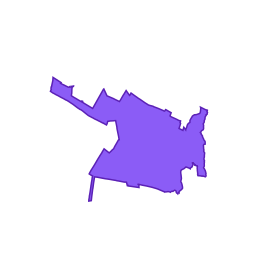 the district of Gheraesti, Neamt, Romania, rotated 234°
{"feature_id": "2599482B79916457112257", "entity_name": "Gheraesti", "entity_type": "district", "adm_level": 2, "iso_a3": "ROU", "parent_name": "Romania", "parent_adm1": "Neamt", "projection": "equal_earth", "projection_center": [26.813, 47.034], "detail": "fine", "context": "isolated", "style": "filled", "palette": "violet", "viewbox_px": 256, "rotation_deg": 234, "n_neighbors": 0, "source": "geoboundaries", "source_scale": "gbopen_adm2", "svg_char_len": 5630}
<svg xmlns="http://www.w3.org/2000/svg" viewBox="0 0 256 256"><g transform="rotate(234 128 128)"><path d="M154.5,151.0L153.4,148.7L153.4,148.4L159.4,148.5L157.6,144.2L157.3,143.3L154.9,138.0L154.8,137.7L154.7,137.1L154.5,136.6L159.3,134.0L159.8,133.8L160.2,133.6L165.4,130.5L166.3,129.9L173.8,131.4L173.8,131.0L164.6,110.9L173.3,107.2L175.6,106.3L176.2,107.0L176.9,106.6L176.4,105.9L180.1,104.2L182.5,103.2L184.7,102.2L187.3,101.2L187.5,101.3L187.8,101.5L188.6,102.3L189.0,102.6L189.2,103.0L189.4,103.1L192.6,105.6L193.7,106.7L193.9,107.1L193.9,107.6L193.7,108.1L193.7,108.3L194.0,108.6L194.4,107.7L194.6,107.2L194.9,107.0L195.3,106.7L194.3,107.1L195.2,105.0L195.5,104.7L195.7,104.9L195.7,104.7L195.8,104.1L196.1,103.7L203.7,99.7L204.0,100.6L213.0,97.1L210.6,95.1L206.2,90.2L206.3,89.9L204.8,88.6L204.2,88.5L203.9,87.8L203.3,86.8L200.2,87.9L199.8,88.2L196.9,89.5L195.5,90.3L192.2,91.8L189.9,93.0L187.0,94.3L185.9,95.0L184.7,95.4L184.7,95.5L182.1,96.4L179.8,97.3L173.8,99.1L172.6,99.6L171.4,100.0L170.3,100.7L168.5,101.3L166.2,101.9L161.5,103.2L160.0,103.9L158.2,104.8L157.9,104.9L156.9,105.5L155.2,106.2L152.3,107.8L150.8,108.5L150.4,108.8L148.3,109.8L147.1,110.4L146.6,110.7L146.6,110.8L146.1,111.1L145.6,111.2L143.1,112.4L143.9,113.8L145.3,115.5L144.1,117.8L142.1,120.9L141.6,121.9L141.3,122.1L141.2,122.3L139.7,121.6L135.2,119.5L133.9,118.7L126.4,115.3L125.7,114.9L124.8,114.5L124.3,114.3L123.7,114.0L124.0,113.5L123.9,113.1L122.4,109.9L121.0,106.7L120.6,105.9L119.6,104.1L119.6,103.9L119.6,102.6L119.3,101.3L119.1,99.7L119.0,98.8L118.9,98.2L119.1,98.1L123.4,96.9L125.2,96.4L123.6,92.7L123.4,92.4L122.6,90.3L122.2,89.3L122.0,88.7L121.8,88.4L121.5,87.6L120.4,84.9L120.1,84.4L120.0,83.9L119.8,83.6L117.7,78.8L116.1,74.8L115.4,73.0L115.2,72.7L114.4,70.9L113.7,69.6L111.8,70.3L109.9,71.2L109.3,70.3L108.1,69.1L107.5,68.6L105.2,66.2L104.2,65.3L103.3,64.3L102.7,63.8L102.1,63.2L98.8,60.0L97.2,58.4L96.9,58.1L96.0,57.1L94.8,56.0L94.2,55.5L93.6,54.8L93.1,54.3L92.2,53.5L91.9,53.3L91.1,55.0L90.8,55.6L94.1,58.6L96.0,60.4L99.2,63.4L99.8,64.1L103.9,68.0L108.1,72.2L106.5,74.0L100.4,79.7L98.5,81.7L96.8,83.4L94.5,85.6L92.8,87.3L92.0,87.9L90.3,89.6L87.8,91.9L86.5,93.1L85.7,94.2L85.0,94.9L83.4,94.2L83.3,94.3L81.9,93.6L81.5,94.3L81.1,94.0L78.6,96.6L73.4,101.9L74.3,102.4L74.6,102.7L75.4,103.5L75.6,103.6L76.1,103.2L77.0,102.7L75.3,104.3L73.5,105.8L70.2,108.9L65.8,112.7L62.0,115.6L61.0,116.3L59.1,117.4L58.8,117.6L56.5,119.0L55.3,119.7L55.2,119.8L55.1,120.0L54.5,120.1L54.5,120.3L54.2,120.9L53.8,121.5L53.4,122.2L53.1,123.0L52.0,124.0L51.6,124.3L51.1,124.5L51.2,125.1L51.1,126.0L50.9,126.5L50.6,126.8L50.5,127.0L50.3,127.1L50.3,127.3L50.4,127.5L50.3,127.8L50.3,128.1L50.3,129.0L50.2,129.3L49.3,129.7L48.9,129.8L48.4,129.7L47.9,129.3L47.4,129.2L47.0,129.3L46.8,129.3L46.7,129.2L46.4,129.4L46.0,129.6L45.4,129.6L45.8,130.4L46.1,131.3L45.7,131.4L46.3,131.8L46.5,132.1L46.7,132.8L46.6,133.5L46.7,134.5L47.0,136.4L47.4,136.9L48.6,137.6L50.4,138.4L52.1,139.0L53.0,139.1L53.7,139.3L54.1,139.7L55.5,141.3L56.0,141.7L59.0,143.4L60.6,144.2L61.5,144.9L62.2,145.5L62.6,146.2L62.6,147.2L62.2,149.4L62.4,152.0L59.9,153.7L58.4,154.4L58.9,154.9L58.9,155.6L58.9,156.4L58.9,157.1L59.0,157.2L59.2,157.3L59.3,157.4L59.6,158.2L60.2,159.0L60.3,159.1L60.4,159.3L60.7,159.4L61.3,159.4L61.5,159.6L61.9,159.6L61.9,159.8L61.6,160.3L61.2,160.2L60.7,160.1L60.3,160.3L59.6,160.5L59.1,160.5L58.8,160.7L58.5,160.2L57.3,161.2L57.1,161.2L56.7,161.8L56.3,161.7L54.9,160.4L53.2,159.4L53.0,159.2L52.5,158.9L52.3,158.8L51.5,158.4L50.2,157.6L49.7,157.5L49.6,157.1L49.3,156.9L48.5,156.6L48.3,156.6L48.2,156.9L47.6,157.3L47.1,158.1L46.2,158.9L45.8,159.4L45.4,159.6L45.3,160.1L44.7,160.7L43.3,161.7L43.0,162.0L43.3,162.9L44.0,163.4L44.8,163.7L45.5,164.5L46.6,164.8L47.3,165.2L48.5,165.5L49.9,165.7L50.1,165.8L50.7,165.7L51.0,165.7L51.3,165.8L51.6,165.9L52.1,167.0L52.4,167.4L52.7,167.6L54.3,168.7L54.7,169.0L55.4,169.7L55.7,170.0L56.3,170.1L56.5,170.3L56.8,170.8L57.6,170.9L58.3,171.2L58.6,171.5L59.2,172.1L59.7,172.8L60.0,172.9L60.4,173.3L61.0,173.7L62.5,175.1L62.7,175.3L63.3,175.5L63.6,175.5L64.3,175.4L64.5,175.5L65.1,175.9L65.3,176.1L65.4,176.4L65.5,176.5L65.8,176.5L66.3,176.8L67.1,177.2L68.3,178.0L69.5,178.7L69.8,179.0L70.0,179.5L70.1,180.1L69.8,180.4L69.6,180.7L69.6,181.0L69.8,181.1L70.8,181.8L71.3,182.2L71.9,182.4L72.3,182.5L73.6,182.4L74.5,182.6L75.0,182.8L76.7,183.0L77.5,183.3L77.6,183.5L78.0,183.6L79.4,183.6L80.2,183.6L80.5,183.9L80.9,184.1L81.8,183.8L81.9,184.0L81.9,184.3L82.2,184.9L82.6,186.1L82.5,186.4L82.5,187.0L82.4,187.8L82.7,188.3L83.2,188.9L84.9,190.0L85.0,190.2L85.5,190.6L86.4,191.0L86.9,191.2L87.3,191.5L87.7,192.7L88.2,193.4L88.5,193.5L89.1,194.0L90.1,195.7L90.8,196.1L91.7,197.1L92.0,197.8L92.2,198.6L92.5,198.9L92.8,199.0L92.7,199.4L92.6,199.7L92.6,200.0L92.9,200.4L93.5,200.8L93.7,201.0L93.8,201.4L94.0,201.5L95.0,201.6L95.5,202.5L95.8,202.7L97.2,201.5L102.2,198.9L101.3,198.5L100.2,197.6L98.2,195.7L97.8,195.0L97.7,194.3L98.7,191.0L99.5,189.8L99.7,189.4L99.8,187.2L98.1,183.3L97.4,182.3L96.2,181.5L96.1,181.2L96.2,180.5L96.2,179.5L95.8,178.2L95.0,177.0L94.3,176.2L93.0,174.0L92.6,173.6L94.6,173.6L95.5,173.6L95.8,173.6L93.8,171.0L96.5,169.6L97.6,169.0L99.6,171.7L100.8,173.2L100.9,173.3L101.7,173.2L101.9,173.5L102.8,174.7L103.0,174.6L103.4,174.3L104.0,173.7L106.4,172.5L108.9,171.1L111.7,169.5L111.9,169.4L112.4,169.3L113.1,169.1L115.0,171.9L120.8,169.3L120.8,169.2L120.5,168.6L120.3,168.3L120.2,168.0L120.3,167.3L121.5,166.7L126.5,163.7L130.3,161.2L130.8,161.1L133.6,158.8L134.2,158.4L134.4,158.1L135.4,157.8L138.3,156.6L143.8,154.7L146.0,153.8L147.0,153.5L150.8,152.2L154.5,151.0Z" fill="#8b5cf6" stroke="#5b21b6" stroke-width="1.5"/></g></svg>